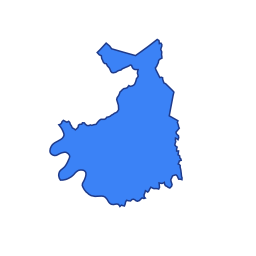 Chapecó, Santa Catarina, Brazil, rotated 44°
{"feature_id": "56859067B15703493579664", "entity_name": "Chapecó", "entity_type": "district", "adm_level": 2, "iso_a3": "BRA", "parent_name": "Brazil", "parent_adm1": "Santa Catarina", "projection": "robinson", "projection_center": [-52.66, -27.112], "detail": "fine", "context": "isolated", "style": "filled", "palette": "blue", "viewbox_px": 256, "rotation_deg": 44, "n_neighbors": 0, "source": "geoboundaries", "source_scale": "gbopen_adm2", "svg_char_len": 4057}
<svg xmlns="http://www.w3.org/2000/svg" viewBox="0 0 256 256"><g transform="rotate(44 128 128)"><path d="M191.7,118.8L190.4,118.6L189.1,119.0L188.4,117.2L187.8,116.0L188.7,114.3L187.4,113.5L186.1,113.5L184.4,112.1L182.6,112.5L181.5,110.9L180.3,109.4L179.0,110.8L177.6,109.4L176.6,107.6L175.4,107.9L173.5,107.7L172.4,106.0L171.9,104.7L170.4,103.7L169.2,102.3L170.7,101.8L172.1,101.7L171.2,99.7L169.6,98.5L168.2,98.6L166.7,98.5L165.4,97.6L165.2,94.6L165.0,92.5L163.4,91.9L162.4,91.1L161.0,90.4L159.6,89.7L158.9,88.1L149.2,90.6L141.0,78.1L137.9,73.4L136.1,70.3L134.2,70.1L124.5,70.0L122.5,70.6L120.5,69.6L119.0,68.8L118.0,67.8L116.7,68.3L115.8,69.6L107.3,66.6L105.9,65.7L105.8,63.9L105.1,62.0L104.4,59.9L103.1,58.1L103.2,55.9L103.9,54.2L102.5,52.9L101.3,52.1L100.5,51.1L99.4,49.8L97.0,48.8L96.1,47.1L95.5,45.7L94.4,44.5L92.7,44.1L91.9,45.5L90.9,44.6L89.5,43.6L87.5,44.0L85.9,55.2L84.3,64.3L83.1,70.7L71.4,77.0L61.2,82.4L57.7,81.8L53.3,82.1L53.5,91.2L53.4,95.1L56.6,95.3L58.6,94.5L59.8,95.5L60.8,96.3L62.6,96.9L64.3,97.7L66.2,97.9L67.8,96.8L69.9,97.6L72.9,97.8L74.5,98.4L76.4,99.2L77.8,99.3L79.0,98.6L80.5,96.4L80.9,94.4L81.5,92.9L82.7,91.1L82.8,89.2L83.5,87.7L84.0,86.3L84.8,84.6L85.5,82.8L85.9,81.1L87.0,80.5L88.3,81.1L89.7,81.6L91.1,81.6L92.4,81.1L94.7,79.0L95.8,80.9L96.7,82.1L98.1,82.8L99.4,83.7L99.7,85.0L99.8,86.6L100.6,87.9L101.5,89.7L102.3,91.8L102.3,93.4L101.7,95.0L100.7,96.5L99.1,96.9L99.5,99.4L98.6,101.4L97.7,102.4L97.3,104.4L97.4,106.0L97.2,107.5L98.1,109.4L98.8,111.4L99.1,113.7L100.1,115.4L101.7,116.3L104.0,117.6L105.3,118.3L108.5,121.3L109.0,123.7L108.7,125.3L108.0,126.8L107.7,128.8L107.2,130.1L107.0,131.9L106.3,133.5L105.2,135.1L105.5,136.6L105.1,138.0L103.7,139.4L102.5,140.5L102.1,142.1L102.1,143.5L102.2,145.5L102.5,147.5L101.1,149.4L100.1,151.3L98.7,152.0L98.3,153.3L96.8,154.7L94.7,154.9L93.1,154.6L91.6,155.9L92.1,157.4L90.8,158.8L90.4,160.3L91.6,162.2L91.6,164.1L91.4,165.9L89.6,166.1L87.8,166.6L85.8,165.8L83.9,165.4L82.3,164.5L80.6,164.4L80.0,166.3L76.2,167.4L76.2,169.4L76.9,170.9L76.7,172.5L76.0,173.7L77.9,174.0L79.2,174.2L81.2,174.7L82.9,175.3L84.1,175.8L85.6,176.5L86.9,177.5L87.6,179.0L87.9,181.1L87.6,182.9L87.1,184.6L86.6,186.3L86.1,187.8L85.5,189.9L85.2,192.4L85.6,194.6L86.4,196.8L87.7,198.6L88.6,199.4L89.8,199.9L91.3,200.0L92.9,199.6L94.2,198.9L95.3,197.7L95.9,196.4L96.3,195.0L96.9,193.4L97.5,192.0L98.4,190.6L99.4,189.2L100.6,188.4L102.9,188.0L104.8,188.3L105.9,189.0L106.8,190.6L107.5,192.6L108.1,194.2L108.7,196.2L109.1,197.9L109.4,199.8L109.3,201.6L109.1,203.4L108.9,204.8L109.0,206.8L109.8,208.6L110.9,210.1L112.1,211.0L113.4,211.8L115.6,212.4L117.3,210.7L118.9,208.4L119.8,206.6L120.4,204.8L121.1,202.2L121.3,200.0L121.3,198.5L121.2,197.1L121.3,195.1L121.8,192.9L123.0,191.2L124.2,190.1L125.6,189.2L127.4,189.0L128.7,189.4L130.2,190.8L131.3,192.5L131.9,193.8L132.5,195.1L133.1,197.0L133.8,199.5L135.0,201.1L136.5,201.8L138.0,202.3L139.4,202.7L141.0,202.9L142.4,203.1L144.0,202.9L145.7,202.9L147.0,202.6L148.5,202.2L149.9,201.3L151.8,200.1L152.9,198.9L154.2,197.5L155.5,196.1L156.4,195.2L157.9,194.1L159.7,193.6L161.0,193.7L162.4,193.8L164.2,194.3L165.8,194.7L167.2,194.8L168.9,194.5L170.7,193.2L171.6,191.9L172.5,190.7L173.8,189.7L175.4,189.7L176.7,190.1L176.8,188.1L178.2,187.4L179.6,186.6L178.7,184.5L177.7,183.0L177.2,181.0L178.9,180.0L180.5,178.7L180.5,176.7L181.4,175.4L182.7,174.9L184.3,174.8L185.7,174.1L186.6,172.2L186.6,170.4L186.7,168.5L188.4,167.7L189.1,166.4L187.4,166.3L185.9,164.8L185.1,162.8L184.1,161.0L185.5,160.7L186.7,160.4L186.7,158.8L186.0,156.8L185.6,154.7L187.6,154.1L188.8,153.6L190.0,152.3L191.2,151.3L192.5,150.6L191.9,148.8L190.5,147.6L188.5,145.9L190.4,144.8L191.3,143.8L191.9,141.9L193.6,143.1L195.0,143.5L196.5,143.0L198.1,142.8L199.8,142.1L199.8,139.6L199.0,138.1L197.8,137.4L196.4,136.7L194.7,135.5L194.1,133.7L193.3,131.5L194.1,129.8L195.0,128.4L196.6,128.3L198.4,129.0L200.0,129.6L201.3,128.4L202.7,127.7L201.5,126.3L200.3,125.7L199.1,124.8L198.0,123.8L196.6,122.7L195.4,121.7L193.9,120.7L192.6,119.9L191.7,118.8Z" fill="#3b82f6" stroke="#1e3a8a" stroke-width="1.5"/></g></svg>